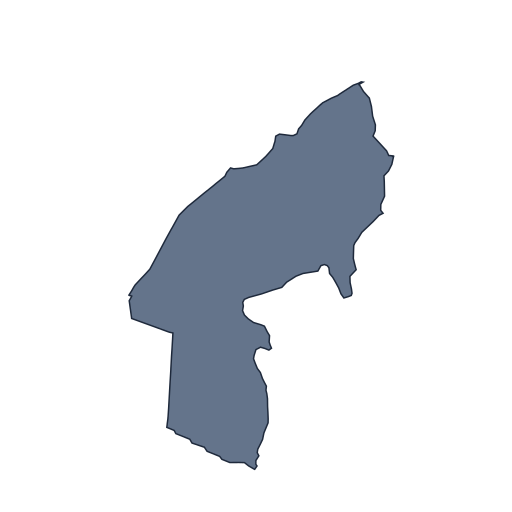 the district of Dilling, South Kordufan, Sudan, rotated 22°
{"feature_id": "16777658B83196806362289", "entity_name": "Dilling", "entity_type": "district", "adm_level": 2, "iso_a3": "SDN", "parent_name": "Sudan", "parent_adm1": "South Kordufan", "projection": "robinson", "projection_center": [29.551, 11.952], "detail": "fine", "context": "isolated", "style": "filled", "palette": "slate", "viewbox_px": 512, "rotation_deg": 22, "n_neighbors": 0, "source": "geoboundaries", "source_scale": "gbopen_adm2", "svg_char_len": 3022}
<svg xmlns="http://www.w3.org/2000/svg" viewBox="0 0 512 512"><g transform="rotate(22 256 256)"><path d="M258.9,92.0L258.2,93.4L257.2,95.6L254.8,100.5L253.4,103.5L250.4,111.5L249.4,117.8L247.9,122.1L248.2,127.4L245.4,130.4L244.4,130.8L243.4,131.2L236.5,133.0L232.1,134.2L229.4,137.5L230.3,141.2L230.5,142.1L230.7,142.9L230.7,143.6L231.3,150.1L227.8,160.0L222.5,171.2L210.7,179.4L207.3,181.2L206.9,181.4L202.7,183.5L199.4,183.9L197.6,189.2L197.3,193.7L194.1,199.6L192.0,203.3L191.2,204.8L190.8,205.6L189.5,208.0L184.2,217.4L176.5,231.5L174.2,235.6L169.4,246.9L168.7,252.8L167.7,261.1L167.4,263.1L166.1,274.0L163.6,298.0L162.5,308.0L160.4,313.7L159.2,316.8L158.1,319.5L154.8,328.1L154.5,329.7L154.3,330.7L153.8,334.6L152.9,339.5L153.1,339.5L153.1,340.0L153.5,340.0L155.2,339.7L155.8,339.7L155.8,340.4L155.2,345.0L155.5,345.5L163.9,360.1L164.1,360.5L167.1,360.4L173.0,360.2L189.3,359.6L192.9,359.5L202.2,359.2L204.2,359.1L206.7,358.7L206.9,358.6L207.8,358.5L208.0,359.1L209.9,364.6L210.7,367.0L213.3,374.7L215.1,380.2L219.4,392.7L219.7,393.5L224.3,407.2L227.7,417.2L232.0,429.8L234.0,435.9L234.3,436.8L234.6,437.7L235.1,439.4L235.2,439.6L236.1,443.1L236.5,444.7L236.8,445.7L237.3,447.6L237.4,448.0L237.5,448.3L240.5,448.3L245.5,448.4L248.2,450.7L263.3,450.7L266.7,453.4L279.1,452.7L279.7,452.6L283.8,455.4L297.4,455.4L300.5,457.3L308.5,457.3L309.1,457.3L317.6,453.8L322.4,452.0L322.7,451.9L327.9,453.4L334.2,454.3L334.3,454.3L334.7,454.3L335.6,450.3L333.9,449.2L332.5,445.7L333.5,440.2L330.8,437.9L330.0,434.4L330.5,428.6L330.8,423.6L329.6,417.0L329.7,406.2L328.3,402.5L325.7,396.7L323.2,391.4L320.1,384.0L317.6,379.6L315.5,376.7L314.4,372.8L311.3,370.2L307.9,367.2L303.7,362.4L299.4,359.8L295.3,355.6L292.2,352.2L291.5,349.0L291.0,342.8L294.0,339.3L294.2,338.9L298.9,338.4L302.8,338.4L303.2,338.4L304.9,335.7L302.6,333.4L300.4,330.8L299.4,327.8L298.4,324.8L294.7,322.0L290.1,317.9L286.3,317.9L278.6,318.6L272.4,317.2L267.4,315.1L264.0,311.7L263.0,307.1L261.1,304.0L261.4,300.6L264.8,297.1L275.3,289.1L283.8,281.7L291.7,275.4L294.2,268.8L300.7,259.7L306.1,254.6L319.0,246.8L319.8,240.6L322.6,238.3L325.7,238.2L328.0,239.6L330.8,244.7L335.1,247.0L339.6,250.5L344.6,254.6L349.0,259.3L353.2,262.0L353.8,261.5L356.3,259.5L356.8,259.1L359.1,256.9L359.0,254.6L356.9,250.9L353.2,245.4L350.7,239.7L354.0,231.2L352.6,229.4L350.3,226.3L347.2,221.9L344.9,215.7L342.7,209.7L342.8,206.4L342.9,206.1L344.1,201.4L345.2,194.5L350.5,182.8L351.7,180.2L354.8,172.3L357.8,168.8L357.1,168.4L354.5,166.9L352.4,161.4L352.5,159.5L352.8,152.4L347.0,138.8L345.8,136.3L344.6,133.7L347.0,127.5L347.6,120.1L346.4,113.0L346.3,112.1L345.5,112.4L345.5,111.9L342.6,112.7L341.4,113.1L337.7,109.6L331.2,106.5L319.6,101.0L319.6,95.2L317.6,89.7L311.8,82.7L307.0,74.1L301.9,67.1L300.4,66.4L294.0,63.2L287.9,58.6L287.7,58.8L287.1,58.3L287.3,58.2L290.1,54.7L288.3,55.1L287.1,56.5L286.3,57.5L282.2,61.2L273.1,74.2L271.6,76.6L268.4,79.8L266.7,81.5L260.4,89.0L259.4,91.2L259.2,91.2L258.9,91.9L258.9,92.0Z" fill="#64748b" stroke="#1e293b" stroke-width="1.5"/></g></svg>